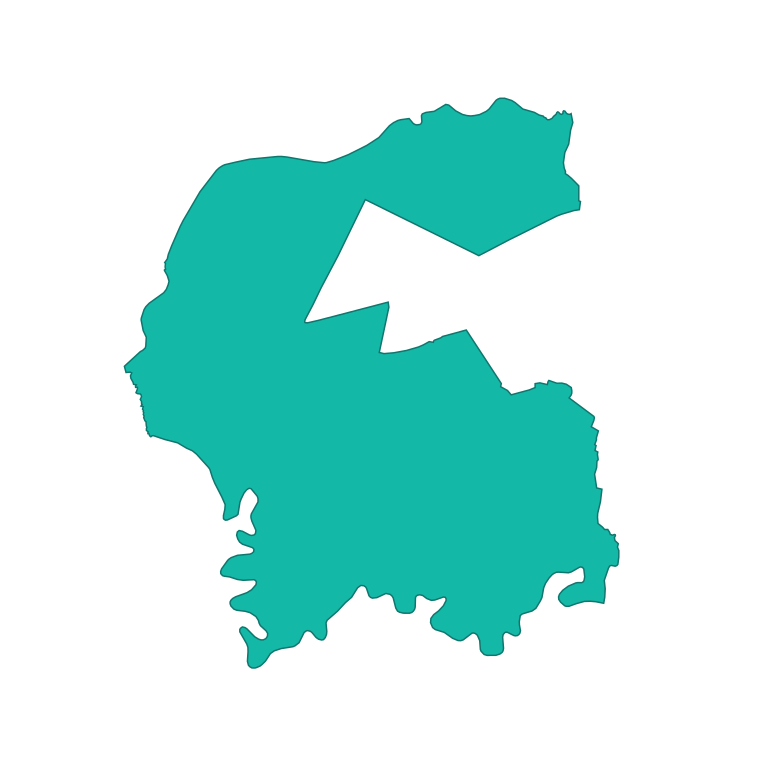 outline of Khong Chai, Kalasin, Thailand, rotated 9°
{"feature_id": "78962969B1811381389630", "entity_name": "Khong Chai", "entity_type": "district", "adm_level": 2, "iso_a3": "THA", "parent_name": "Thailand", "parent_adm1": "Kalasin", "projection": "orthographic", "projection_center": [103.475, 16.263], "detail": "fine", "context": "isolated", "style": "filled", "palette": "teal", "viewbox_px": 768, "rotation_deg": 9, "n_neighbors": 0, "source": "geoboundaries", "source_scale": "gbopen_adm2", "svg_char_len": 6133}
<svg xmlns="http://www.w3.org/2000/svg" viewBox="0 0 768 768"><g transform="rotate(9 384 384)"><path d="M635.3,566.2L635.4,560.1L634.5,551.7L632.3,543.5L634.5,530.8L635.4,528.4L637.0,527.6L640.8,527.8L642.3,527.0L643.2,525.6L643.0,518.4L642.0,511.8L640.1,508.6L640.4,505.1L636.6,502.5L635.6,499.7L636.3,497.6L635.9,496.7L635.0,496.6L633.3,497.6L631.0,497.1L630.0,495.2L627.8,492.7L624.6,493.2L622.4,491.3L617.2,488.3L615.7,482.2L615.3,478.4L616.2,466.5L615.7,453.8L610.3,453.4L606.1,440.1L607.1,433.3L606.4,426.9L607.3,425.5L607.3,424.9L605.8,420.2L605.8,417.7L602.8,416.7L603.1,411.6L601.6,410.9L602.6,406.0L602.2,403.9L603.1,396.8L595.4,393.8L596.9,387.5L597.1,384.6L596.4,383.2L569.0,368.8L570.5,365.9L570.9,363.9L570.6,361.4L569.5,358.2L564.1,355.7L559.5,355.3L554.6,356.2L546.3,354.7L545.7,355.8L545.4,359.0L537.7,358.5L533.2,360.0L533.8,363.9L528.5,367.1L511.3,374.8L507.0,371.1L499.6,368.4L499.8,365.2L456.8,317.8L434.4,327.9L432.9,329.5L426.9,332.9L426.3,333.8L426.2,335.1L422.0,335.1L416.9,339.1L412.4,342.0L400.9,347.4L388.6,351.7L379.2,354.0L374.4,353.6L376.8,307.4L375.3,302.5L308.8,331.6L298.8,335.6L296.4,335.7L295.9,334.9L296.0,332.9L301.5,316.6L306.9,298.7L318.5,264.6L336.7,204.8L457.6,242.4L485.2,221.9L528.4,191.1L532.9,188.5L544.4,183.0L549.7,181.3L549.5,173.0L548.0,172.7L547.7,172.3L545.4,157.8L537.4,151.9L533.0,149.1L530.2,147.9L530.0,145.7L528.2,142.5L526.6,137.4L526.4,127.1L528.9,118.2L528.6,104.1L529.6,96.3L526.5,87.7L525.5,88.6L523.5,88.7L522.0,88.2L520.0,86.2L518.7,86.1L518.2,87.0L518.4,88.9L517.0,90.0L515.8,89.7L513.8,88.2L512.9,88.1L512.2,89.0L511.8,90.7L509.7,93.0L508.4,95.4L505.9,97.1L504.2,97.4L503.0,96.8L502.2,95.8L500.4,95.5L499.4,94.5L495.2,94.1L490.0,92.2L478.1,90.7L469.4,85.5L465.7,84.0L458.4,82.9L453.7,83.7L451.6,85.0L450.3,86.3L444.8,96.0L442.5,98.6L436.2,103.0L431.4,104.7L427.8,105.7L423.9,105.9L419.3,105.5L412.1,103.0L404.4,98.4L401.3,98.2L391.0,106.8L383.0,109.2L379.6,111.2L379.0,113.1L380.4,119.1L379.9,121.1L379.0,122.0L375.8,123.0L373.9,122.8L372.1,122.1L367.3,117.9L359.0,120.4L356.4,121.6L352.5,124.4L349.0,128.0L340.4,141.4L329.6,151.1L312.7,163.2L299.3,171.1L292.8,174.2L290.9,174.8L280.0,175.4L253.1,175.0L247.1,175.3L243.1,176.0L216.1,183.0L203.0,188.0L192.5,192.3L190.6,193.5L187.5,196.2L185.1,199.2L172.2,222.9L160.0,254.1L157.9,260.7L152.7,280.6L150.7,289.7L150.4,294.4L148.4,298.4L149.3,299.1L149.5,302.6L150.3,304.9L149.3,305.7L149.4,306.2L153.0,310.8L155.6,316.1L155.3,319.7L154.2,324.6L152.1,328.4L139.5,340.9L136.7,344.9L135.4,348.0L134.0,356.9L134.1,358.7L137.8,368.9L141.9,375.0L142.8,383.9L142.5,385.9L140.2,388.7L138.3,390.1L124.8,407.1L127.4,413.0L131.5,412.0L133.1,412.5L132.3,415.6L133.1,418.0L135.9,421.6L136.7,423.5L139.5,423.6L138.9,425.0L139.2,426.2L141.0,425.9L141.3,427.3L140.4,431.4L141.9,432.1L144.9,432.0L145.6,432.5L146.5,434.5L145.7,437.4L147.2,439.1L147.7,441.6L148.3,442.0L147.4,443.8L149.8,444.0L149.4,446.6L150.5,447.7L150.5,449.1L151.2,449.9L151.0,451.8L152.1,453.1L151.9,454.8L153.7,457.8L154.8,458.4L155.8,462.6L156.6,464.0L156.3,465.2L156.6,467.0L158.7,468.2L158.4,469.1L158.6,470.0L159.7,470.0L160.6,471.8L162.0,472.6L163.1,471.4L164.4,471.1L176.2,473.1L189.4,474.4L198.9,478.2L205.1,479.9L209.8,482.6L223.8,493.9L225.4,495.6L229.0,502.9L232.4,508.5L241.6,521.1L246.0,528.0L246.4,532.6L246.0,539.1L246.5,542.0L247.2,542.7L248.7,543.3L250.6,542.8L258.8,537.3L260.2,535.5L260.2,523.4L260.9,519.9L262.8,513.6L264.8,510.1L266.4,508.6L267.3,508.1L269.1,508.2L276.4,514.7L277.5,516.9L278.0,520.2L273.3,533.0L273.2,535.2L273.6,537.1L275.0,540.2L280.4,548.6L280.4,551.9L279.2,553.5L276.8,554.3L274.9,554.2L267.3,551.6L263.8,551.4L262.3,553.1L262.1,556.4L263.8,559.9L266.1,562.7L269.3,564.4L279.8,566.2L281.4,567.6L281.5,570.1L280.0,571.9L278.2,573.0L266.1,576.1L260.2,579.4L257.9,581.6L257.0,583.0L252.5,592.0L252.0,594.7L252.4,596.6L253.1,597.5L254.7,598.6L256.1,598.8L261.7,598.7L269.8,600.0L275.7,599.9L286.3,597.6L288.0,598.3L288.9,599.5L289.0,602.2L285.4,608.0L281.2,611.6L270.7,617.4L268.1,619.5L266.6,621.6L266.1,623.4L266.4,625.1L267.5,627.2L270.9,629.8L274.0,630.5L282.4,630.2L287.5,630.8L293.9,633.7L296.9,637.1L298.1,639.8L299.7,642.0L306.1,646.2L308.1,648.5L308.3,651.4L307.2,653.9L304.8,655.6L302.5,656.0L300.0,655.6L295.9,653.9L286.8,647.2L284.8,646.3L282.1,646.1L280.4,647.8L280.0,649.1L280.4,651.4L289.1,662.2L290.8,665.4L291.6,669.7L292.5,679.3L294.1,683.0L295.8,684.3L297.9,685.1L301.0,684.7L302.7,683.9L305.8,681.9L307.6,679.9L310.3,676.2L314.0,668.0L317.4,664.7L323.8,661.4L335.2,657.7L337.2,656.4L340.6,652.8L344.0,641.9L346.0,639.9L347.3,639.5L350.1,639.8L351.8,640.8L356.6,645.0L359.3,646.3L362.5,646.6L364.3,645.9L365.7,643.6L366.4,640.2L366.2,637.3L364.1,629.0L364.8,626.2L373.6,615.7L380.1,606.0L385.4,599.7L389.8,589.4L392.6,586.6L395.6,586.4L397.6,587.3L398.7,588.6L402.3,595.5L404.0,596.8L406.0,597.3L410.4,596.1L418.6,590.6L422.8,590.8L424.7,591.8L426.5,593.7L430.7,603.5L432.9,606.2L435.1,607.0L438.9,607.3L445.1,606.4L447.2,605.3L448.5,603.8L449.5,601.6L449.7,599.4L448.5,590.1L449.0,588.5L450.1,587.4L452.3,586.6L455.3,586.8L459.8,589.2L464.6,590.3L468.0,589.4L476.0,585.1L477.8,585.1L478.9,586.3L479.2,588.1L477.4,593.7L473.5,599.5L469.2,604.0L467.0,608.2L467.3,612.4L470.1,616.9L473.0,618.5L482.4,619.9L491.5,624.4L497.2,625.8L500.0,625.5L502.3,624.3L509.8,616.4L511.3,615.9L513.3,616.2L515.5,617.5L518.7,622.5L520.7,631.1L521.7,632.8L525.2,635.5L528.2,635.9L536.9,634.5L540.8,632.5L542.6,630.7L543.3,629.0L543.4,626.4L540.8,615.6L540.9,612.8L542.1,610.8L543.2,610.0L544.9,610.0L551.5,612.1L553.1,612.2L555.1,611.6L556.4,610.4L557.2,608.8L557.4,606.4L555.4,600.6L554.8,597.6L554.8,591.4L556.5,589.5L565.8,585.0L569.1,581.8L572.4,573.7L573.4,570.2L573.6,560.4L574.7,555.6L577.5,549.6L579.9,546.0L581.6,544.4L583.7,543.0L585.9,542.5L595.7,541.6L598.4,540.3L605.6,534.5L606.9,533.9L608.8,534.1L610.3,535.5L612.4,543.0L612.3,546.9L611.6,548.3L610.4,549.3L606.6,549.8L604.5,550.5L597.7,554.8L592.8,559.8L590.2,564.2L589.7,566.9L590.3,569.4L592.6,571.9L597.2,574.8L598.8,575.1L601.5,574.6L608.2,570.9L615.9,567.4L621.7,566.3L627.2,565.9L635.3,566.2Z" fill="#14b8a6" stroke="#0f766e" stroke-width="1.5"/></g></svg>